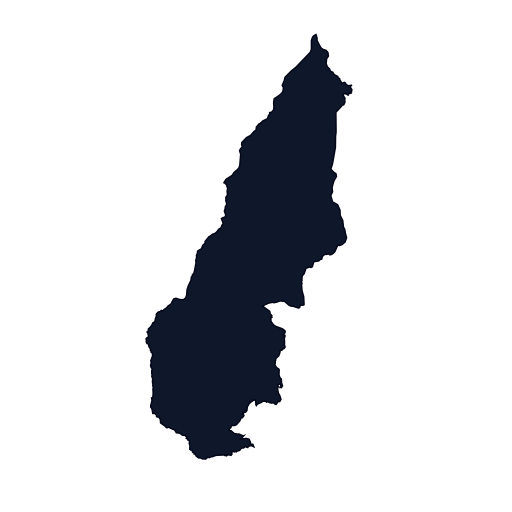 the district of San Miguel de Urcuqui, Imbabura, Ecuador, rotated 62°
{"feature_id": "8360857B34555635043771", "entity_name": "San Miguel de Urcuqui", "entity_type": "district", "adm_level": 2, "iso_a3": "ECU", "parent_name": "Ecuador", "parent_adm1": "Imbabura", "projection": "albers", "projection_center": [-78.284, 0.578], "detail": "fine", "context": "isolated", "style": "filled", "palette": "ink", "viewbox_px": 512, "rotation_deg": 62, "n_neighbors": 0, "source": "geoboundaries", "source_scale": "gbopen_adm2", "svg_char_len": 6125}
<svg xmlns="http://www.w3.org/2000/svg" viewBox="0 0 512 512"><g transform="rotate(62 256 256)"><path d="M409.9,398.7L411.7,395.6L411.2,394.8L411.3,392.8L412.2,391.7L412.1,390.0L412.6,389.1L413.3,384.7L416.6,377.8L417.8,377.0L417.8,376.2L418.6,375.8L418.4,373.9L420.3,371.6L419.6,370.2L418.0,369.8L417.8,368.9L416.8,369.1L416.7,368.8L418.0,368.0L418.0,367.5L418.8,367.1L419.1,365.8L419.7,365.2L419.3,364.6L420.0,361.7L419.3,360.7L418.8,358.8L419.7,357.1L419.2,355.1L421.2,353.2L420.8,352.7L420.6,351.1L421.1,349.3L423.4,347.5L420.8,347.2L419.6,349.3L418.0,348.4L414.6,348.1L412.4,350.3L411.8,352.4L410.8,353.6L410.2,355.2L408.9,351.1L408.7,351.9L405.1,354.7L404.6,356.2L403.5,357.1L402.9,358.4L398.5,360.1L398.2,360.7L396.8,361.5L395.8,360.1L395.8,358.9L394.2,357.3L395.7,354.2L395.7,352.3L393.9,347.6L391.9,345.1L392.4,344.1L391.6,342.1L390.9,341.4L389.9,341.6L389.4,342.2L389.1,341.0L388.4,341.3L388.1,341.1L388.1,340.4L389.0,338.6L388.3,336.9L387.6,337.3L388.0,336.6L387.6,336.2L385.3,334.6L384.7,334.9L384.8,334.0L383.6,331.9L383.0,331.8L382.9,330.3L380.5,330.1L382.6,329.4L382.1,324.8L383.9,324.4L385.8,325.3L386.4,325.2L387.0,325.9L388.2,325.9L387.4,324.2L387.8,319.4L387.2,318.6L388.9,315.4L389.9,315.4L390.2,313.9L391.7,313.0L393.2,311.2L393.7,309.6L395.7,308.7L396.5,307.9L394.6,304.4L395.5,303.9L395.5,303.1L394.2,301.2L389.9,300.5L387.8,300.7L383.0,299.2L381.7,297.3L380.8,297.7L379.8,297.4L380.0,295.3L381.0,294.7L382.8,295.2L383.4,296.5L384.2,295.2L383.4,294.6L383.2,293.6L380.0,293.0L376.4,291.4L374.7,292.0L371.7,291.5L367.2,288.9L366.1,289.1L364.1,290.3L360.8,290.4L359.3,289.0L357.4,288.3L357.3,287.6L355.8,286.7L354.8,282.8L352.8,280.5L351.2,279.4L350.9,278.2L351.3,277.4L350.7,277.1L350.9,274.9L350.1,273.1L347.2,272.4L346.4,271.7L341.7,269.5L340.8,268.3L339.9,267.9L339.9,268.9L338.5,269.0L338.7,268.7L338.0,267.5L336.6,265.7L335.4,265.6L332.6,266.9L327.3,271.7L324.8,272.9L321.2,273.4L318.9,272.9L318.7,272.3L317.5,272.3L317.5,270.6L316.6,270.6L316.1,270.0L313.8,270.6L311.2,269.9L303.5,273.7L303.2,271.0L303.6,266.7L304.7,263.0L305.6,262.2L306.4,259.6L306.9,255.9L309.4,252.1L315.1,249.9L316.7,248.6L317.9,246.7L321.3,243.5L322.0,242.6L321.9,241.6L320.3,240.1L321.7,236.9L321.3,236.3L314.3,233.0L308.4,231.7L303.4,229.6L301.3,228.1L299.9,227.9L299.1,226.8L297.0,225.8L295.2,224.4L294.2,221.8L290.3,217.7L290.9,213.8L291.9,212.9L292.0,212.0L291.9,211.3L288.9,208.4L288.3,207.2L289.8,202.9L289.2,200.8L289.6,199.4L287.5,197.6L286.8,194.5L287.7,193.0L288.2,190.9L289.7,190.2L290.1,188.4L289.8,186.3L289.2,184.4L284.7,178.6L286.0,177.3L286.3,174.4L285.4,170.7L283.2,168.3L282.1,167.3L278.4,166.6L274.3,165.2L271.5,165.2L265.5,162.8L259.6,162.6L254.9,160.3L249.0,159.9L244.1,163.0L237.7,161.6L235.2,158.2L231.6,156.9L228.5,154.2L226.4,152.1L223.5,147.6L220.9,146.8L218.2,148.2L214.4,149.1L210.4,145.1L197.5,135.0L187.2,129.3L184.3,127.2L166.6,118.0L163.8,109.9L163.3,109.5L163.2,108.4L163.7,107.8L163.0,106.5L161.7,105.1L159.6,104.3L158.7,103.4L154.7,103.6L154.2,102.8L154.1,101.9L154.8,100.7L157.2,99.1L157.1,98.6L156.0,98.3L156.8,95.3L154.0,93.2L152.3,93.5L150.8,93.1L150.3,92.5L150.2,91.0L149.3,93.9L148.4,95.1L146.8,95.8L144.8,96.0L144.1,96.5L143.8,99.4L142.9,99.1L139.6,99.3L138.6,98.9L137.2,99.9L135.9,99.5L132.6,101.8L129.8,102.0L127.4,103.7L125.7,103.2L122.1,104.3L120.9,103.9L119.5,104.0L114.9,101.0L113.5,98.2L110.2,97.0L107.3,97.6L104.9,100.0L102.3,101.0L94.6,101.0L92.0,99.7L88.6,99.1L88.7,101.7L89.2,103.1L90.4,104.5L91.9,106.0L99.5,110.0L101.6,112.4L108.0,131.8L109.2,137.9L111.8,146.4L114.6,148.9L117.6,152.7L120.2,152.7L122.6,154.4L124.1,156.2L125.1,160.1L125.7,166.1L129.0,168.5L133.2,170.4L135.4,172.1L136.5,175.2L135.8,176.1L135.8,176.6L137.1,177.3L137.9,179.1L140.1,181.3L140.0,187.3L140.9,188.5L140.6,189.1L141.0,189.9L140.7,191.0L142.3,195.1L144.8,196.8L145.2,199.5L147.0,204.3L147.0,208.6L149.1,215.2L151.1,216.5L152.6,216.6L153.3,217.1L154.2,219.6L155.4,221.1L158.9,221.7L168.4,227.8L170.1,229.6L171.1,232.2L171.9,236.1L173.6,239.1L174.2,246.3L176.0,249.7L176.3,249.9L177.0,249.3L179.1,248.6L183.0,249.3L185.2,251.1L188.5,252.4L190.3,255.4L191.3,255.5L192.7,256.6L196.2,257.3L197.8,259.2L198.1,260.0L199.4,260.7L201.6,262.9L204.7,263.3L206.3,263.9L207.1,265.8L206.5,267.3L206.8,269.0L211.8,269.6L212.9,271.6L214.8,273.8L214.8,276.1L216.5,279.9L216.8,282.3L216.3,284.1L216.9,286.6L216.9,288.6L219.3,294.2L220.8,294.9L221.5,297.9L224.0,300.7L224.2,305.2L226.1,306.5L227.4,308.2L229.3,309.1L232.0,311.5L233.8,312.1L240.2,317.2L242.2,319.1L242.7,320.9L243.9,321.8L244.2,322.9L247.0,324.9L250.4,329.6L253.3,332.6L258.0,335.6L259.9,337.7L260.5,340.2L260.0,341.6L258.6,343.8L255.7,346.6L255.3,348.9L257.5,352.2L257.9,352.3L258.5,353.7L258.9,357.2L259.9,359.5L260.1,362.3L260.6,363.6L260.5,364.4L259.6,365.1L260.0,366.8L259.6,368.4L259.9,369.8L260.7,371.5L261.7,371.8L263.4,373.3L264.0,373.4L264.0,374.2L265.7,375.3L266.8,377.4L266.6,378.5L268.1,380.3L269.3,382.8L269.8,385.1L271.9,386.7L272.0,387.9L273.4,387.7L276.3,388.5L276.9,389.4L277.2,391.6L278.3,392.3L278.9,392.1L280.2,393.2L282.2,393.3L282.7,392.5L283.2,392.4L286.1,393.1L288.6,392.8L289.9,393.6L291.0,393.2L291.9,393.7L292.4,393.2L294.1,393.4L295.8,394.4L299.2,398.1L300.9,398.5L303.4,400.6L305.2,400.9L307.1,400.6L308.3,401.9L311.2,403.4L312.0,403.3L312.8,404.1L313.3,404.1L313.6,404.6L314.6,404.6L317.3,405.4L317.7,406.2L319.5,406.7L319.6,407.0L321.2,407.2L321.6,407.9L323.8,408.4L325.0,409.4L330.2,411.9L330.5,412.4L331.5,412.6L332.3,413.7L332.3,414.8L334.8,415.7L339.0,419.4L340.1,419.9L341.8,419.6L343.1,419.9L346.6,421.0L347.6,419.1L349.9,418.6L350.8,419.1L351.7,418.9L352.7,417.2L354.1,417.4L355.1,417.1L358.6,418.6L363.6,416.1L364.5,416.0L365.9,415.3L366.3,412.9L367.4,412.7L370.5,410.3L370.9,409.5L374.7,409.3L376.5,406.6L379.8,405.0L381.1,402.8L382.5,402.6L383.3,401.8L383.8,401.8L384.4,403.1L385.3,402.4L387.0,402.4L387.9,401.6L388.7,401.6L389.8,402.8L392.5,403.4L395.6,405.2L396.7,404.7L397.5,403.6L399.4,404.1L400.6,403.3L401.6,403.5L401.7,402.8L402.5,403.0L403.7,402.5L404.4,402.8L407.0,401.6L407.6,401.2L407.7,400.1L408.2,400.0L408.9,399.1L409.9,398.7Z" fill="#0f172a" stroke="#020617" stroke-width="1.5"/></g></svg>